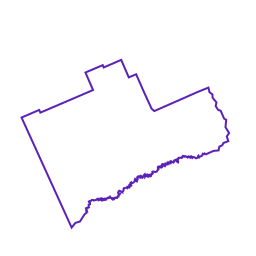 Petroleum, Montana, United States of America, rotated 66°
{"feature_id": "52423323B42061541752", "entity_name": "Petroleum", "entity_type": "district", "adm_level": 2, "iso_a3": "USA", "parent_name": "United States of America", "parent_adm1": "Montana", "projection": "albers", "projection_center": [-107.962, 47.174], "detail": "fine", "context": "isolated", "style": "outline", "palette": "violet", "viewbox_px": 256, "rotation_deg": 66, "n_neighbors": 0, "source": "geoboundaries", "source_scale": "gbopen_adm2", "svg_char_len": 4559}
<svg xmlns="http://www.w3.org/2000/svg" viewBox="0 0 256 256"><g transform="rotate(66 128 128)"><path d="M183.7,67.4L183.7,59.2L185.3,54.4L182.2,52.1L182.1,48.9L180.5,46.9L180.8,41.7L175.9,41.2L173.7,37.7L166.9,38.6L160.5,35.0L158.4,36.4L149.9,36.3L148.3,38.2L143.7,39.0L140.6,36.8L134.9,38.4L131.7,37.2L128.4,39.0L123.8,38.1L123.4,49.6L123.2,97.1L120.0,98.6L101.0,98.8L82.2,98.7L82.1,106.7L63.0,106.5L62.8,125.6L60.3,125.5L60.0,144.3L79.1,144.5L78.3,201.8L75.4,201.8L75.1,221.0L196.0,220.0L193.3,214.6L193.9,210.0L189.1,202.6L188.6,200.4L185.5,199.4L186.3,199.1L185.0,198.8L184.2,198.1L184.4,197.2L184.7,196.8L184.6,196.0L184.2,196.1L183.2,195.7L182.1,195.1L182.4,194.5L182.2,193.7L180.9,193.2L180.2,193.7L179.3,193.7L179.1,192.8L179.5,191.4L179.0,190.3L179.5,189.2L180.2,189.0L180.4,188.5L180.4,187.8L180.8,186.5L180.4,185.6L180.3,184.4L181.2,184.5L182.0,184.5L182.1,183.6L181.6,183.4L181.4,182.9L181.2,182.7L181.6,182.2L182.3,182.1L182.8,181.9L182.5,181.7L181.9,181.7L181.3,181.4L181.4,180.7L182.0,180.3L183.1,180.3L183.8,180.4L184.0,179.6L183.9,179.7L183.3,179.6L182.8,178.8L183.1,177.7L184.1,176.7L183.9,175.8L183.5,175.4L183.5,175.1L184.0,174.8L184.2,174.1L183.4,173.2L183.3,172.6L183.7,172.7L184.1,172.3L184.5,172.5L184.9,172.3L185.1,171.8L185.9,171.2L186.3,171.5L186.8,171.2L186.3,171.0L185.8,170.6L186.1,170.1L186.7,170.2L187.3,169.6L187.2,169.3L186.9,168.8L186.4,168.4L186.6,168.1L186.8,167.6L186.6,167.4L186.8,167.1L187.3,166.9L187.4,166.4L186.9,166.1L186.7,165.3L186.8,164.6L186.3,164.5L186.0,164.7L185.6,163.8L185.4,162.7L184.8,162.1L184.5,162.4L184.4,162.9L183.9,163.5L182.9,163.3L181.9,162.1L181.8,161.5L183.0,160.2L184.1,160.1L184.5,159.5L184.4,159.5L184.2,159.5L184.0,158.8L183.4,157.6L182.3,156.9L181.7,156.8L181.3,156.4L181.4,156.0L181.6,154.8L181.1,154.4L181.3,154.5L181.8,154.1L182.1,153.4L182.6,153.1L182.4,152.9L182.0,153.1L181.4,152.6L181.7,152.0L182.0,151.7L182.6,151.6L183.0,151.2L182.9,150.9L182.3,150.9L181.6,151.2L181.2,150.4L181.5,149.8L182.0,149.3L182.1,148.7L181.7,148.2L180.7,148.3L180.8,148.9L180.3,149.4L180.0,148.7L179.8,148.0L179.5,148.1L179.2,148.1L179.0,147.3L179.6,147.4L180.1,146.2L180.0,145.0L179.4,143.7L177.9,142.7L177.4,142.2L177.8,142.0L178.2,142.3L179.0,142.2L179.3,141.5L179.5,141.3L179.9,141.6L180.1,141.9L180.4,141.7L179.7,141.0L179.4,141.0L178.9,140.1L178.1,139.7L177.8,139.9L176.8,139.7L176.5,139.2L176.3,138.6L176.7,137.9L176.6,137.3L177.1,136.8L177.1,137.5L177.6,137.6L177.9,137.5L178.7,136.6L178.7,135.8L178.1,135.8L177.3,136.1L176.9,136.2L176.8,135.7L177.6,135.4L178.3,135.5L179.3,134.9L178.7,134.1L177.8,133.1L177.4,132.4L177.0,131.4L177.8,131.4L178.4,131.3L178.5,131.5L178.8,132.1L179.5,132.3L179.1,131.7L179.2,130.8L178.5,130.2L178.2,129.3L178.9,128.8L179.1,129.1L179.2,129.5L180.1,130.0L180.7,129.6L180.7,129.0L180.5,128.7L180.6,127.9L181.1,127.6L181.3,126.7L181.0,126.5L180.3,126.4L180.4,126.9L179.6,127.1L179.8,126.3L180.3,125.9L180.1,125.2L179.5,125.1L179.5,124.5L179.8,124.4L180.2,124.6L179.5,123.8L178.6,123.8L177.9,123.6L177.9,123.0L178.2,122.4L178.4,122.0L179.3,121.2L179.5,119.4L178.7,118.4L178.2,117.8L178.4,117.7L178.4,117.2L178.1,116.9L177.4,116.7L177.4,117.0L176.5,117.0L175.6,116.3L175.8,115.4L176.1,116.0L176.6,116.4L176.8,115.8L176.5,115.0L176.1,114.7L176.0,114.4L176.3,113.7L177.3,114.2L177.7,113.8L177.6,112.8L177.1,112.4L176.6,112.5L175.9,112.2L175.3,112.0L174.9,111.4L175.1,110.9L175.7,110.1L176.7,110.2L177.6,110.3L177.9,109.8L177.1,109.4L176.4,109.1L175.6,108.4L175.9,107.6L176.6,107.3L176.8,107.2L176.7,107.4L177.0,107.8L177.3,107.5L177.1,107.0L176.8,106.0L176.1,106.1L175.5,105.7L175.8,105.2L175.9,104.7L176.8,103.9L177.5,104.0L177.6,103.4L176.6,102.8L176.0,103.0L175.6,102.7L175.9,102.0L177.2,101.6L177.6,100.9L178.1,100.5L177.8,99.9L177.1,100.0L176.5,99.0L177.5,97.1L178.8,96.9L179.3,96.5L179.7,96.2L179.3,95.9L178.8,95.7L178.5,95.7L177.9,96.0L177.4,96.1L177.2,95.8L176.8,95.9L177.0,96.3L176.5,96.6L176.6,95.8L177.0,95.1L176.8,94.7L176.3,94.7L175.8,93.7L176.3,92.9L176.6,91.6L177.1,91.4L177.1,90.5L176.1,89.8L175.8,89.1L176.3,88.4L176.9,88.5L177.3,87.9L176.9,87.5L177.4,86.7L178.5,86.1L179.2,85.6L178.9,85.2L178.7,84.8L179.0,84.8L179.2,84.3L178.9,84.3L179.1,83.5L179.8,83.6L180.6,83.1L180.5,82.8L180.2,82.2L180.0,82.3L179.6,81.7L180.5,81.2L181.5,81.3L181.4,80.8L181.0,80.3L181.8,79.1L182.7,78.6L183.4,78.1L183.5,77.5L183.3,76.3L183.7,75.6L183.2,75.5L182.3,75.5L182.0,74.9L182.8,74.9L183.6,74.5L183.4,73.5L183.5,71.9L182.9,71.0L182.3,70.5L182.0,70.1L182.4,69.9L182.8,69.3L182.5,69.0L182.4,68.3L183.1,68.0L183.7,67.4Z" fill="none" stroke="#5b21b6" stroke-width="2"/></g></svg>